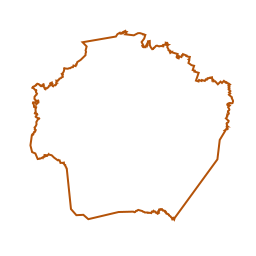 outline of Central Highlands (Tas.), Tasmania, Australia, rotated 278°
{"feature_id": "25037944B68362175930798", "entity_name": "Central Highlands (Tas.)", "entity_type": "district", "adm_level": 2, "iso_a3": "AUS", "parent_name": "Australia", "parent_adm1": "Tasmania", "projection": "mercator", "projection_center": [146.609, -42.197], "detail": "fine", "context": "isolated", "style": "outline", "palette": "amber", "viewbox_px": 256, "rotation_deg": 278, "n_neighbors": 0, "source": "geoboundaries", "source_scale": "gbopen_adm2", "svg_char_len": 5782}
<svg xmlns="http://www.w3.org/2000/svg" viewBox="0 0 256 256"><g transform="rotate(278 128 128)"><path d="M147.5,33.0L147.8,32.6L147.6,32.1L145.9,31.1L143.8,31.3L143.3,32.0L142.5,32.5L141.9,33.2L142.0,33.9L142.4,33.9L142.4,34.9L142.6,35.3L141.9,35.6L141.3,35.3L141.0,35.5L140.9,35.1L139.9,35.0L139.7,34.6L138.6,33.9L139.7,33.8L140.4,31.4L140.1,30.4L139.3,30.4L138.7,31.1L137.1,31.8L135.8,32.0L135.2,33.3L136.0,33.8L135.8,34.2L133.4,33.8L131.1,34.4L130.2,33.8L129.5,33.7L129.4,34.0L129.6,35.0L129.2,35.2L129.4,35.4L129.4,35.9L128.9,36.3L129.2,37.0L128.4,35.9L126.3,35.0L125.7,35.9L125.7,36.4L125.3,37.2L125.2,38.5L125.6,39.2L124.7,38.6L124.2,37.7L121.2,36.4L118.7,36.9L116.6,36.2L115.5,35.4L114.7,35.9L113.8,35.8L113.3,36.2L113.1,36.9L111.5,36.5L111.0,36.2L111.1,35.7L110.7,35.4L108.4,35.1L107.8,34.5L108.2,34.1L107.6,33.8L97.2,33.8L90.8,36.4L89.9,39.8L84.7,42.9L85.1,44.3L85.4,44.5L85.4,44.9L85.9,45.5L85.5,45.3L85.6,45.6L86.0,46.2L86.1,46.3L87.2,47.8L86.9,48.0L87.7,48.3L87.8,48.8L88.6,49.6L88.7,50.1L89.0,50.0L89.0,49.7L88.7,49.6L89.0,49.4L88.8,49.1L89.6,49.1L89.6,49.5L89.3,49.7L89.7,50.0L89.7,50.3L89.2,50.2L89.4,50.7L89.0,50.5L88.8,50.7L89.1,51.8L90.9,53.0L90.7,53.1L90.4,56.2L88.4,58.9L86.2,63.0L86.3,63.7L86.6,63.8L86.3,64.5L86.4,64.8L84.0,66.0L84.4,67.7L84.2,68.1L84.8,69.3L84.5,69.4L84.2,69.0L82.6,70.4L82.6,71.0L81.1,71.5L80.6,72.2L79.4,72.7L79.3,73.0L39.8,82.8L34.5,89.0L35.8,95.9L32.2,101.4L43.5,130.4L45.9,144.8L45.5,146.1L45.8,146.8L47.0,147.5L47.3,148.5L47.8,148.8L48.3,149.6L47.7,153.9L47.2,154.5L47.1,155.6L46.7,156.4L47.0,158.9L46.8,159.1L47.1,159.5L46.8,160.4L47.1,161.5L47.0,162.9L48.6,163.3L48.8,163.8L48.5,164.4L49.5,164.9L48.9,165.7L49.1,166.4L48.9,166.8L48.1,167.2L48.3,168.3L47.7,168.5L47.2,169.3L48.2,170.4L48.6,170.0L49.3,170.2L49.9,169.6L50.5,170.2L51.4,170.1L51.8,170.3L51.7,170.9L52.3,171.8L52.2,172.1L52.3,172.5L51.7,172.5L52.4,173.9L52.1,173.6L51.1,174.2L51.3,174.7L50.7,175.8L51.1,175.9L51.1,176.2L50.3,177.1L49.8,176.9L49.7,177.3L49.3,177.3L49.1,177.7L48.6,177.9L48.3,179.1L48.6,179.0L48.3,179.9L47.8,180.6L47.2,180.7L46.3,182.5L45.6,183.0L45.2,184.2L44.9,184.0L43.6,184.6L43.9,185.7L44.8,185.3L45.4,185.8L45.0,186.2L44.4,186.1L43.9,186.5L45.5,186.8L109.4,220.9L129.0,220.5L138.6,224.6L139.0,224.7L139.1,224.2L139.7,224.8L139.7,225.0L140.6,225.5L140.5,226.3L141.0,226.8L141.2,226.6L141.0,226.0L141.2,225.7L142.2,226.4L142.4,226.4L142.2,225.9L143.0,225.5L143.7,225.8L143.7,226.1L144.0,225.6L145.0,225.6L145.9,225.0L146.7,225.2L147.5,226.4L149.0,226.7L151.2,223.6L152.0,224.2L153.3,224.3L152.9,224.5L153.1,224.7L154.5,224.5L155.0,225.1L156.1,225.4L156.3,225.8L156.7,225.6L157.1,225.0L157.5,225.2L158.0,224.7L158.7,224.7L159.7,225.7L160.4,225.8L161.2,225.4L162.4,224.3L163.3,224.7L164.5,225.7L164.8,225.1L164.2,224.3L164.1,223.8L164.6,223.2L165.2,223.0L165.8,223.3L166.8,224.8L167.0,225.6L166.8,226.9L167.2,228.0L168.9,228.3L169.8,228.1L172.0,226.6L172.9,226.6L175.0,223.3L176.5,224.4L177.3,223.1L178.8,224.2L180.1,222.4L180.9,223.0L181.7,222.0L182.8,222.8L183.7,221.6L185.2,223.0L186.0,221.6L185.5,221.3L186.9,219.4L186.5,219.1L187.1,218.4L186.7,218.1L188.0,216.4L185.7,214.8L186.8,213.2L183.8,210.9L186.4,207.8L186.1,206.0L187.4,206.0L188.1,204.9L187.7,204.7L189.9,204.1L189.7,203.6L189.3,203.7L189.1,203.0L189.5,202.9L189.3,202.3L189.0,202.4L188.4,200.0L187.8,200.1L187.1,199.7L187.2,198.6L186.5,198.4L186.5,198.0L185.3,197.5L185.8,194.5L184.8,194.3L185.4,191.7L183.9,191.4L184.4,188.7L192.5,190.3L193.1,185.9L194.1,186.1L194.4,184.0L198.8,184.8L199.1,182.1L200.8,178.8L203.8,179.3L204.3,178.5L204.8,179.1L207.0,179.3L207.0,177.6L207.3,175.8L207.9,175.9L208.8,172.2L207.5,172.0L207.6,171.4L205.7,171.0L206.1,169.0L204.9,168.7L205.6,168.2L204.1,167.9L204.2,167.4L204.7,166.5L205.4,166.6L205.5,166.3L208.2,166.8L209.0,161.1L209.4,161.1L208.8,160.1L209.5,159.7L209.0,159.3L208.5,159.7L208.2,159.4L209.5,158.6L209.7,158.9L210.5,158.7L210.8,157.2L211.8,157.0L213.4,155.7L215.2,155.6L215.8,156.2L215.6,154.6L216.4,154.7L217.2,155.4L217.8,155.0L217.8,154.6L217.4,154.2L217.6,153.5L216.1,153.6L215.3,151.8L214.4,151.7L214.7,151.1L214.0,151.0L214.3,150.6L213.8,149.8L213.5,148.1L213.1,147.5L213.6,145.3L213.2,144.3L210.9,142.7L210.9,142.3L209.7,141.9L209.4,141.0L211.0,139.4L213.0,138.1L217.2,137.4L216.6,135.7L215.5,136.0L213.6,135.4L212.9,135.9L212.4,135.7L214.1,135.2L210.5,133.9L210.8,132.4L210.2,132.3L210.4,131.4L211.4,130.7L212.0,131.6L215.0,129.5L218.8,131.6L222.6,132.2L222.7,130.3L223.0,130.4L223.6,126.8L223.3,124.7L220.6,120.9L220.4,112.5L221.3,113.3L222.3,112.8L222.8,113.1L222.7,112.4L223.6,113.0L223.1,112.3L223.8,111.9L222.3,109.7L221.5,110.2L220.7,108.8L221.2,108.5L220.4,107.3L221.2,106.7L219.5,104.5L216.9,103.3L206.6,71.1L203.0,75.7L198.9,75.2L197.5,75.9L196.0,75.6L194.2,75.8L188.8,71.6L186.2,68.6L183.7,68.2L183.8,67.8L182.0,67.5L182.3,65.3L180.6,65.0L180.3,63.6L179.2,62.5L179.1,61.6L178.3,60.1L178.2,57.8L178.4,56.7L178.2,56.4L177.4,56.7L175.0,56.5L173.3,55.8L172.4,54.9L172.0,55.4L172.2,55.8L172.0,56.0L171.3,55.5L170.3,56.2L169.5,56.3L168.8,55.0L168.3,54.9L167.9,54.4L167.3,53.2L166.4,53.0L165.9,52.3L165.0,51.9L164.9,50.7L164.4,51.1L164.1,50.7L162.7,50.6L162.5,51.2L162.2,50.8L161.3,50.9L160.2,50.2L160.3,49.6L160.0,49.1L159.5,48.2L158.9,48.0L159.1,47.5L160.1,46.6L161.3,47.0L161.8,46.2L162.4,46.2L162.3,45.9L161.3,44.7L159.8,45.4L159.2,45.0L159.0,44.1L157.1,43.4L156.6,42.4L156.1,42.3L155.6,41.0L155.1,40.9L155.3,40.6L154.7,39.6L155.8,40.3L156.4,40.0L157.1,38.7L158.2,38.2L158.5,38.6L158.9,38.3L159.5,38.4L159.6,38.1L157.6,36.9L157.6,36.4L157.3,36.1L157.4,35.8L158.1,36.0L158.3,34.4L159.0,33.6L159.2,32.0L158.3,31.2L157.6,31.2L157.5,30.6L156.8,30.2L155.5,28.1L154.5,27.7L154.1,29.1L152.6,31.0L152.7,31.8L152.1,32.0L151.3,31.7L150.5,32.0L149.3,33.1L148.3,32.6L147.5,33.0Z" fill="none" stroke="#b45309" stroke-width="2"/></g></svg>